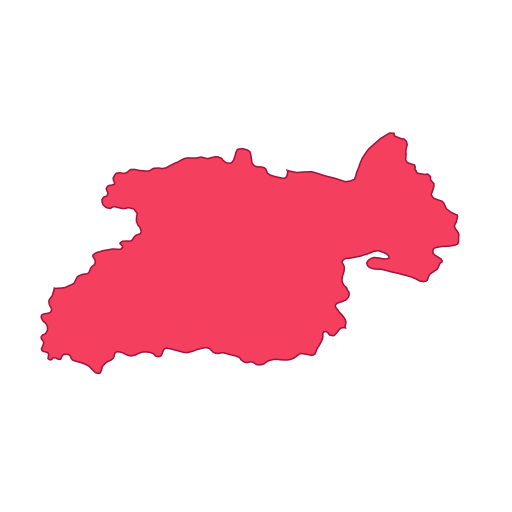 the district of Lyepyel, Vitebsk, Belarus, rotated 195°
{"feature_id": "67162791B29799454608156", "entity_name": "Lyepyel", "entity_type": "district", "adm_level": 2, "iso_a3": "BLR", "parent_name": "Belarus", "parent_adm1": "Vitebsk", "projection": "natural_earth1", "projection_center": [28.695, 54.828], "detail": "fine", "context": "isolated", "style": "filled", "palette": "rose", "viewbox_px": 512, "rotation_deg": 195, "n_neighbors": 0, "source": "geoboundaries", "source_scale": "gbopen_adm2", "svg_char_len": 6120}
<svg xmlns="http://www.w3.org/2000/svg" viewBox="0 0 512 512"><g transform="rotate(195 256 256)"><path d="M439.0,112.2L439.3,110.9L438.2,109.2L436.7,108.8L434.6,108.9L432.7,108.7L431.5,108.3L430.6,106.7L430.7,105.2L430.3,103.0L428.9,102.5L427.4,102.5L426.4,103.3L426.4,104.5L426.0,105.0L425.2,105.2L423.0,105.8L421.4,105.2L419.9,105.1L418.0,105.7L417.7,107.2L417.6,108.8L417.0,110.3L416.0,111.2L413.1,112.3L411.1,112.2L409.4,111.2L407.7,109.0L406.1,108.0L402.7,107.7L397.3,107.7L393.7,107.4L390.8,106.8L388.5,106.2L386.2,104.7L384.6,103.9L383.1,103.0L380.7,101.7L377.9,101.7L376.4,102.5L375.9,104.1L375.7,107.1L375.9,109.5L373.3,114.1L372.2,115.4L370.8,116.6L369.2,117.8L367.6,120.0L367.1,121.9L367.2,124.7L367.0,126.1L365.7,127.4L363.5,128.0L361.1,128.1L358.8,127.9L356.5,127.2L353.7,126.9L350.9,127.1L348.9,128.1L346.4,129.4L345.3,130.7L341.2,133.7L338.5,134.6L336.1,135.1L333.2,135.4L331.1,135.3L329.5,134.9L328.6,134.4L327.9,133.7L326.5,133.3L325.0,133.4L323.4,133.7L322.0,134.8L321.7,136.0L321.3,137.8L321.3,139.3L320.9,141.4L320.4,142.8L318.6,143.8L314.0,144.2L303.5,144.2L300.4,144.2L297.2,144.9L292.2,147.8L289.5,149.9L286.3,151.8L282.2,154.0L279.6,154.7L277.1,154.6L273.8,152.8L272.7,152.0L269.8,151.6L267.7,151.9L263.3,153.9L261.2,154.1L257.5,154.0L253.4,154.1L250.7,154.2L246.3,153.9L245.0,153.2L243.6,151.9L241.2,150.8L239.6,150.5L237.0,150.7L235.3,151.5L234.3,152.4L231.8,152.6L230.5,152.4L228.7,151.6L227.0,151.3L225.1,151.6L223.6,152.0L221.5,153.1L220.1,154.1L219.2,155.6L217.1,157.8L214.9,159.2L211.8,160.8L209.1,161.6L204.9,162.2L201.7,162.9L198.8,163.7L195.9,165.0L193.2,167.0L190.9,169.6L188.9,172.5L188.0,173.1L185.8,173.7L184.3,173.9L181.5,174.2L176.7,174.4L174.9,175.3L173.6,176.8L173.4,179.3L173.0,182.1L172.2,184.9L171.5,187.1L170.6,191.2L170.4,193.7L170.5,195.7L171.2,197.3L171.4,199.5L170.7,200.4L168.7,201.2L166.9,200.6L164.4,198.7L162.3,198.8L160.7,199.0L159.4,200.1L158.6,201.7L156.8,205.9L155.5,208.1L153.9,209.1L151.8,209.7L151.0,209.7L151.8,210.9L151.8,213.1L151.9,215.0L152.9,217.1L154.6,218.9L157.3,221.1L161.1,223.3L163.1,225.1L165.1,226.5L166.5,228.1L166.4,229.7L165.4,231.3L163.5,232.7L160.2,234.8L158.0,236.5L156.7,238.5L155.9,240.9L156.1,243.3L156.9,245.2L158.5,246.4L160.4,248.9L163.3,250.3L164.8,251.7L166.5,254.2L166.9,255.7L167.3,258.4L167.0,263.7L167.4,266.2L167.7,267.9L169.0,269.9L169.8,270.7L171.2,271.8L171.3,273.5L170.8,274.6L170.0,275.7L168.6,276.9L164.8,278.2L155.3,282.8L152.0,285.0L148.9,286.8L143.6,290.8L139.6,292.7L137.7,292.7L133.6,292.4L130.6,291.8L129.3,291.2L127.5,290.0L127.0,288.4L129.2,286.9L132.4,286.2L136.9,285.9L141.7,285.1L144.3,283.3L146.5,280.7L147.2,278.1L145.9,275.6L143.7,274.4L139.9,274.0L137.0,274.3L133.7,275.2L130.3,275.7L126.6,275.7L120.7,275.7L115.7,276.0L109.3,276.0L104.9,276.1L100.1,275.9L95.2,275.2L92.0,274.3L90.2,274.3L87.4,274.7L85.4,275.6L84.4,276.9L84.1,278.7L84.1,280.2L83.8,282.0L83.0,284.1L80.9,286.2L79.7,287.9L77.8,289.7L77.2,291.3L76.8,293.8L76.5,296.0L76.1,297.1L74.9,298.0L74.8,299.2L76.3,300.9L83.6,303.2L85.6,304.4L86.3,306.2L86.6,308.2L85.7,309.9L82.8,311.5L79.2,313.2L72.2,315.4L69.3,316.7L66.2,318.2L64.2,320.0L64.1,322.5L64.9,325.5L65.6,329.2L66.6,330.7L68.2,332.2L70.4,333.9L72.0,336.0L72.0,338.2L71.3,340.9L71.5,343.9L71.5,346.4L72.2,347.7L73.2,347.6L79.1,348.8L84.4,350.9L86.1,353.1L88.5,355.9L90.4,357.0L95.7,357.4L99.2,357.7L102.6,360.4L102.1,368.6L102.8,371.8L107.1,374.8L108.1,378.0L111.4,379.6L114.3,378.4L121.7,377.8L125.1,381.4L125.1,383.0L126.5,385.0L129.4,385.0L134.2,385.5L136.3,387.5L137.5,393.7L138.5,396.0L138.7,399.4L138.7,402.6L140.4,405.7L143.2,407.3L146.3,406.9L153.3,407.8L154.5,410.3L158.8,409.4L166.0,401.9L174.7,388.9L176.6,384.3L178.7,377.7L179.5,372.1L179.7,368.4L180.4,362.9L180.4,359.3L180.7,355.6L184.3,352.9L188.8,350.9L200.6,351.5L209.7,351.3L220.0,351.8L224.5,351.8L227.9,350.6L231.7,349.5L238.2,347.2L246.1,346.7L248.1,346.8L247.0,345.4L246.9,341.9L247.4,339.5L249.6,338.1L256.4,337.7L259.8,337.7L263.1,337.9L266.3,338.9L269.2,342.7L271.4,343.5L274.4,343.3L277.5,342.5L280.6,342.6L283.4,344.3L284.2,345.3L284.9,347.2L286.2,350.1L287.4,352.8L289.0,355.2L291.4,356.1L296.1,356.3L299.7,355.1L301.6,354.0L302.2,351.2L302.2,346.5L302.5,342.7L303.6,340.1L304.7,339.0L307.2,338.5L309.4,338.5L312.6,339.9L314.6,341.5L318.0,341.9L320.6,341.5L324.0,339.8L327.6,337.7L329.4,337.4L334.6,337.4L338.6,335.4L342.0,334.3L344.2,333.8L347.0,333.2L349.9,331.9L352.4,329.9L354.1,328.2L356.4,326.1L358.2,324.8L363.2,320.4L365.6,317.9L369.4,316.1L371.9,316.0L374.4,315.3L377.8,314.1L381.2,310.5L383.8,309.7L391.2,308.4L396.0,308.2L399.6,307.0L401.2,304.8L403.0,302.6L405.5,301.4L409.1,301.2L412.4,299.8L413.5,297.4L414.2,294.5L413.3,292.2L411.7,290.5L411.3,288.8L413.4,287.3L416.1,286.2L417.4,285.0L418.1,282.3L417.0,280.5L415.6,279.0L415.2,277.5L415.6,275.4L418.5,273.4L419.4,270.6L418.5,267.9L416.7,265.7L413.6,264.1L410.9,264.0L408.7,264.5L407.5,266.1L405.1,267.1L402.1,267.1L396.9,267.3L394.5,268.1L392.2,269.5L389.8,269.8L386.2,269.8L383.5,267.8L381.7,266.3L381.4,262.1L380.6,258.8L378.1,255.3L375.8,253.8L374.3,251.8L373.2,249.8L373.4,247.6L375.6,246.2L377.7,244.5L378.8,242.4L379.4,240.4L380.3,238.5L381.9,237.6L384.2,237.2L388.7,235.7L389.8,234.5L390.6,233.8L390.6,232.7L387.6,231.0L387.1,230.0L388.5,227.5L390.0,227.0L396.3,225.7L405.9,221.2L408.0,219.6L410.1,218.7L412.4,216.6L413.6,214.9L413.7,213.7L410.6,210.6L410.0,209.5L409.6,207.6L409.9,205.6L411.6,203.7L412.5,201.8L412.7,200.2L412.9,198.3L413.3,196.3L415.2,194.8L417.2,194.1L419.1,193.2L422.1,190.9L423.2,189.6L423.5,188.4L424.2,184.8L424.8,182.4L426.8,180.5L428.7,179.2L430.5,177.5L432.6,175.9L435.4,174.8L440.4,173.1L442.3,172.6L442.5,172.7L442.4,169.5L442.5,167.6L442.5,165.6L442.6,164.7L443.2,163.5L444.4,160.2L444.4,158.9L443.9,157.4L443.0,155.5L440.0,152.2L439.5,150.8L439.8,149.0L440.5,147.9L442.5,146.7L445.9,145.1L447.5,143.9L447.9,142.2L447.5,140.9L446.0,139.1L444.2,137.6L442.3,136.9L440.6,135.5L439.2,133.8L438.7,132.2L438.2,130.5L439.2,126.5L440.6,125.3L441.9,124.4L442.5,122.5L442.5,121.6L441.5,120.0L440.0,119.2L438.7,117.6L438.6,116.7L438.7,113.9L439.0,112.2Z" fill="#f43f5e" stroke="#9f1239" stroke-width="1.5"/></g></svg>